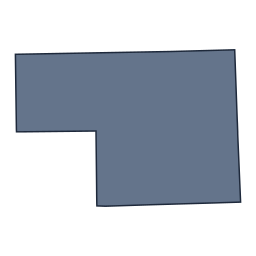 the district of Gaiman, Chubut, Argentina
{"feature_id": "61730980B48415799275237", "entity_name": "Gaiman", "entity_type": "district", "adm_level": 2, "iso_a3": "ARG", "parent_name": "Argentina", "parent_adm1": "Chubut", "projection": "equal_earth", "projection_center": [-66.074, -43.318], "detail": "fine", "context": "isolated", "style": "filled", "palette": "slate", "viewbox_px": 256, "rotation_deg": 0, "n_neighbors": 0, "source": "geoboundaries", "source_scale": "gbopen_adm2", "svg_char_len": 396}
<svg xmlns="http://www.w3.org/2000/svg" viewBox="0 0 256 256"><path d="M240.6,202.1L237.9,138.9L237.7,133.8L237.7,132.1L237.4,123.4L237.2,119.3L236.9,111.2L234.7,49.8L171.7,51.5L15.4,54.3L16.4,129.2L16.5,131.8L22.0,131.8L96.0,131.0L96.6,185.2L96.7,196.2L96.8,203.5L96.9,205.9L105.5,206.2L151.8,204.7L215.0,202.9L221.1,202.7L240.6,202.1Z" fill="#64748b" stroke="#1e293b" stroke-width="1.5"/></svg>